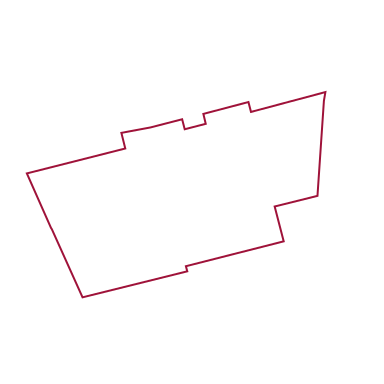 Polk, Georgia, United States of America, rotated 345°
{"feature_id": "52423323B20564023732309", "entity_name": "Polk", "entity_type": "district", "adm_level": 2, "iso_a3": "USA", "parent_name": "United States of America", "parent_adm1": "Georgia", "projection": "orthographic", "projection_center": [-85.188, 34.0], "detail": "fine", "context": "isolated", "style": "outline", "palette": "rose", "viewbox_px": 384, "rotation_deg": 345, "n_neighbors": 0, "source": "geoboundaries", "source_scale": "gbopen_adm2", "svg_char_len": 448}
<svg xmlns="http://www.w3.org/2000/svg" viewBox="0 0 384 384"><g transform="rotate(345 192 192)"><path d="M267.8,263.4L268.1,227.4L312.2,228.2L343.0,138.1L346.7,130.0L269.7,129.9L269.8,119.7L223.2,119.5L222.9,129.7L201.2,129.5L201.3,119.2L168.6,118.9L139.1,116.6L138.8,132.7L123.2,132.5L37.3,131.3L38.3,137.7L46.5,190.1L47.0,191.7L51.4,218.7L59.0,265.4L166.9,267.4L166.9,262.1L267.8,263.4Z" fill="none" stroke="#9f1239" stroke-width="2"/></g></svg>